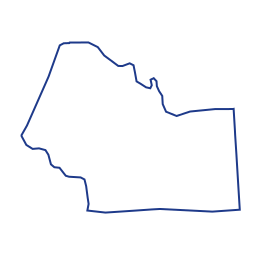 Kutum, North Darfur, Sudan, rotated 86°
{"feature_id": "16777658B71410798895125", "entity_name": "Kutum", "entity_type": "district", "adm_level": 2, "iso_a3": "SDN", "parent_name": "Sudan", "parent_adm1": "North Darfur", "projection": "robinson", "projection_center": [24.615, 14.495], "detail": "fine", "context": "isolated", "style": "outline", "palette": "blue", "viewbox_px": 256, "rotation_deg": 86, "n_neighbors": 0, "source": "geoboundaries", "source_scale": "gbopen_adm2", "svg_char_len": 911}
<svg xmlns="http://www.w3.org/2000/svg" viewBox="0 0 256 256"><g transform="rotate(86 128 128)"><path d="M207.5,174.3L210.8,156.4L210.9,127.9L210.9,109.9L211.0,101.8L212.7,87.7L217.3,49.7L217.3,22.7L217.3,22.2L193.2,22.0L162.2,21.7L142.5,21.6L137.6,21.5L116.3,21.3L116.4,21.8L115.2,39.9L115.9,64.9L119.4,78.7L114.4,88.9L106.6,91.7L98.4,91.6L93.4,94.4L88.3,96.3L83.3,96.3L80.1,98.9L81.4,102.1L87.0,101.3L89.9,103.0L88.7,107.1L84.8,112.3L82.1,116.2L72.9,117.2L65.8,118.1L63.6,121.8L65.8,129.2L65.4,133.4L54.0,146.7L45.2,152.5L39.9,161.5L38.7,180.3L39.2,180.6L39.0,186.2L40.8,190.3L54.0,196.1L71.1,203.6L75.1,205.7L118.5,228.6L127.7,234.7L128.8,234.7L137.8,230.6L142.2,224.6L142.1,218.2L144.3,211.9L149.1,209.3L158.9,207.4L162.0,204.2L162.9,199.1L168.7,195.2L171.3,193.4L172.5,190.2L174.0,178.7L176.3,175.0L183.1,173.8L194.7,173.1L201.0,172.6L207.5,174.3Z" fill="none" stroke="#1e3a8a" stroke-width="2"/></g></svg>